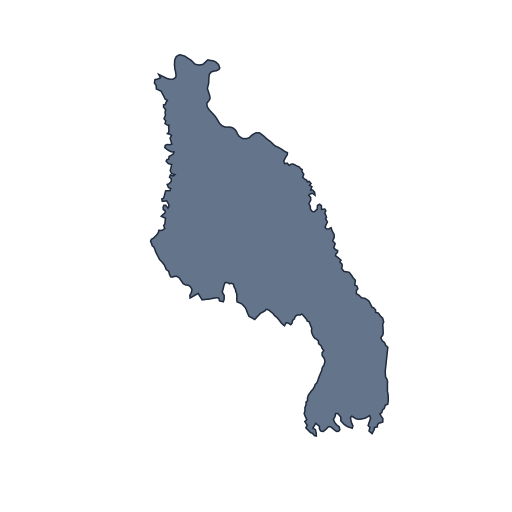 Mangueirinha, Paraná, Brazil (Equal Earth projection), rotated 329°
{"feature_id": "56859067B44041978289925", "entity_name": "Mangueirinha", "entity_type": "district", "adm_level": 2, "iso_a3": "BRA", "parent_name": "Brazil", "parent_adm1": "Paraná", "projection": "equal_earth", "projection_center": [-52.216, -26.037], "detail": "fine", "context": "isolated", "style": "filled", "palette": "slate", "viewbox_px": 512, "rotation_deg": 329, "n_neighbors": 0, "source": "geoboundaries", "source_scale": "gbopen_adm2", "svg_char_len": 5971}
<svg xmlns="http://www.w3.org/2000/svg" viewBox="0 0 512 512"><g transform="rotate(329 256 256)"><path d="M173.2,189.0L172.9,191.4L172.3,193.7L173.0,195.8L172.8,198.0L172.1,200.6L171.9,203.3L171.8,205.4L171.5,209.2L172.3,212.7L172.8,216.6L172.1,221.4L173.3,224.1L172.3,227.5L172.1,230.0L173.6,231.1L175.3,231.4L177.5,232.5L178.9,235.0L179.3,242.2L180.9,244.7L182.9,246.2L183.9,248.4L183.9,251.6L182.0,253.8L178.9,255.8L177.8,258.1L187.1,258.3L187.2,265.9L191.3,267.6L193.7,268.9L196.3,269.7L198.2,270.5L200.5,271.3L202.4,273.0L201.6,275.7L204.4,278.4L206.5,276.6L208.4,273.4L208.5,269.4L210.6,267.6L213.5,264.6L215.9,262.9L217.9,264.1L218.9,266.2L220.7,266.5L222.1,268.5L221.3,271.0L221.2,274.0L220.3,276.0L220.1,278.3L218.6,281.1L216.9,283.7L216.2,285.7L217.7,287.6L219.2,289.9L219.7,292.2L220.2,294.5L220.1,296.8L219.6,298.8L219.2,301.8L218.9,303.9L222.2,309.8L225.7,308.7L227.4,308.3L230.4,307.4L233.3,307.6L235.5,307.6L237.2,306.9L239.0,308.7L240.9,313.8L241.2,316.7L242.3,319.6L242.8,322.6L243.2,326.6L244.4,330.5L247.6,328.7L249.3,330.4L250.4,332.8L252.4,332.1L254.3,330.0L256.6,329.7L258.0,328.3L260.4,327.7L262.0,328.4L263.7,329.4L265.5,329.4L266.1,332.7L266.7,336.1L266.4,338.2L267.6,339.6L267.4,341.8L266.9,343.8L266.6,346.6L264.8,349.0L264.1,351.3L263.8,353.5L263.9,356.6L265.0,358.5L265.8,360.7L264.5,363.4L265.6,366.6L265.1,368.9L265.3,372.1L262.9,372.9L261.4,375.3L261.7,379.1L260.7,382.1L259.2,383.4L257.9,384.7L256.0,385.4L254.6,386.5L253.3,388.1L251.8,389.1L248.1,391.8L244.9,394.5L242.5,396.3L240.6,396.5L238.9,398.1L237.4,398.8L235.7,399.8L234.0,400.1L231.4,401.3L229.4,402.1L227.1,404.1L225.6,406.6L223.6,407.0L222.3,409.3L219.9,411.1L218.1,414.1L216.2,415.7L215.5,419.5L215.3,422.5L212.6,423.0L212.7,427.4L210.2,428.9L211.8,435.6L213.0,436.9L213.6,440.1L215.0,441.4L216.4,438.8L217.5,435.5L216.1,432.7L218.4,431.7L221.0,430.2L221.7,432.1L222.6,434.7L221.4,436.7L221.2,439.2L223.2,441.1L226.9,440.6L230.2,439.6L232.1,441.0L233.5,445.0L234.6,447.8L236.4,448.8L238.3,448.2L239.4,445.2L238.2,442.5L237.7,439.0L238.2,436.0L241.1,434.3L243.1,432.1L245.0,433.2L245.7,437.7L243.8,441.0L244.8,445.8L246.5,449.4L249.8,453.2L251.6,451.5L252.2,447.2L253.7,443.3L255.6,442.6L257.7,446.8L259.6,448.6L261.9,449.9L266.2,451.3L268.0,451.3L271.2,451.3L270.6,454.1L264.8,459.0L265.3,461.7L262.7,464.2L264.0,468.1L268.0,465.6L269.3,464.0L272.0,465.0L273.3,463.1L275.3,462.6L276.8,463.1L279.2,463.6L281.0,460.8L280.8,457.8L281.0,455.0L283.1,455.1L284.9,453.2L287.3,452.8L290.0,450.5L292.6,450.9L294.8,448.2L296.4,445.6L298.0,442.5L298.9,439.7L300.8,436.7L302.7,433.4L304.1,431.5L304.8,429.0L304.8,426.3L307.3,421.5L322.0,402.1L321.1,399.5L321.6,396.6L320.6,393.7L320.8,390.4L324.1,389.0L325.4,387.5L327.8,383.1L329.5,379.8L331.5,378.3L332.6,374.6L331.7,371.4L331.5,367.9L329.5,366.0L330.7,363.9L330.3,361.3L329.1,359.6L329.4,355.7L329.6,352.8L328.8,350.9L327.7,348.5L324.9,346.2L324.1,342.7L322.6,340.0L324.2,337.4L326.4,336.6L327.0,333.8L325.7,331.6L327.6,329.5L328.7,327.9L328.0,324.7L328.0,322.1L327.5,318.0L325.5,316.2L323.4,314.5L323.1,310.6L324.6,309.2L325.6,307.3L324.8,304.3L326.7,303.4L325.6,299.8L324.3,296.8L325.5,295.4L327.6,294.9L328.8,293.4L327.5,291.5L326.9,289.0L330.2,286.2L329.6,282.4L332.6,280.4L334.1,277.7L334.1,275.2L334.3,272.9L335.0,270.4L331.9,270.2L330.5,269.2L329.9,267.1L332.3,265.2L334.8,263.6L334.8,259.8L336.4,259.2L336.8,257.0L337.2,254.5L339.2,253.2L339.1,251.1L336.2,249.9L338.0,246.4L337.1,244.3L334.7,244.3L332.7,247.3L328.6,248.1L327.1,246.7L326.8,243.9L328.2,241.2L328.2,238.5L329.7,237.5L331.7,236.3L333.1,233.8L332.4,231.2L334.5,230.7L336.8,231.5L337.9,234.3L339.1,231.5L338.5,228.6L336.8,227.7L339.6,225.4L338.3,223.0L340.5,222.2L340.0,219.3L338.2,219.0L338.5,217.0L337.2,215.0L336.6,212.6L339.1,210.5L338.9,207.1L340.2,205.7L339.2,204.1L338.9,201.8L337.4,200.0L336.3,197.9L335.0,196.1L333.0,195.3L331.1,195.4L330.5,192.4L328.2,191.7L328.6,189.0L332.3,186.6L335.0,185.3L336.2,183.6L334.5,181.2L333.1,177.9L331.1,174.3L329.8,172.6L328.8,170.8L327.3,165.3L325.7,161.6L324.4,157.1L322.5,152.3L319.5,150.4L316.3,150.2L313.9,150.4L311.3,151.1L309.7,150.9L307.6,150.1L305.0,148.4L303.2,144.8L303.0,142.0L303.3,139.7L303.2,137.0L302.2,134.4L300.9,132.8L299.1,131.4L296.4,130.0L294.2,127.3L293.1,123.9L293.1,117.5L292.9,114.7L291.2,106.7L291.1,102.7L292.6,99.7L295.4,98.7L297.7,97.4L298.8,95.0L299.7,91.3L300.6,87.3L304.1,83.9L305.5,81.9L307.4,79.0L309.5,76.3L312.3,75.2L315.3,75.9L317.4,76.8L320.3,77.0L321.8,76.2L322.5,72.5L321.5,69.0L319.8,66.6L317.3,64.6L315.9,63.1L314.3,63.3L309.6,64.4L307.6,63.9L304.7,62.4L302.5,60.1L301.2,54.8L299.2,50.8L298.0,48.1L294.5,44.3L292.0,43.9L290.2,44.1L288.4,45.3L287.1,46.4L284.7,49.9L282.8,53.8L282.1,56.2L280.6,59.8L279.3,61.4L277.6,61.7L275.9,61.7L274.4,61.0L271.4,58.3L266.1,50.2L265.9,54.0L264.0,53.8L262.1,53.5L260.3,52.7L258.0,55.4L258.2,58.5L256.6,61.5L258.3,64.0L259.6,66.0L259.3,69.5L259.2,71.9L258.9,74.8L260.2,76.9L257.6,78.2L256.3,79.4L254.6,78.8L253.5,80.6L253.8,84.4L252.1,85.8L250.8,88.9L247.8,90.9L248.3,93.7L246.2,95.6L247.4,98.1L248.8,99.2L247.5,100.4L246.3,103.0L245.0,104.9L243.1,105.5L244.7,107.2L245.7,109.3L243.1,110.6L242.1,114.3L241.4,116.8L239.3,116.1L237.3,114.7L235.3,114.4L233.6,116.0L234.5,118.6L235.8,121.2L237.1,123.1L239.3,124.7L237.3,126.0L234.9,126.0L232.8,125.9L231.0,128.0L229.3,127.5L227.8,128.4L228.4,131.6L230.8,134.2L229.1,136.0L226.4,138.7L226.1,141.8L228.4,144.5L226.0,144.7L224.4,142.4L222.4,143.9L223.2,146.0L221.8,148.4L218.6,149.3L216.7,148.9L216.2,152.3L217.6,154.2L216.0,155.7L212.1,153.6L209.9,155.7L208.0,157.6L206.6,158.8L204.6,158.6L203.8,160.8L205.4,161.7L207.8,162.7L207.8,166.6L207.0,168.6L205.2,169.7L204.7,165.9L203.1,165.1L201.4,166.4L200.4,168.6L201.5,170.3L200.2,172.3L197.9,172.5L195.2,173.1L196.7,175.4L197.9,176.8L196.3,179.0L194.4,181.5L192.5,182.4L192.0,185.4L189.3,185.7L187.5,185.1L186.0,183.9L184.7,185.3L182.8,186.4L180.6,187.1L177.1,187.9L174.9,187.8L173.2,189.0Z" fill="#64748b" stroke="#1e293b" stroke-width="1.5"/></g></svg>